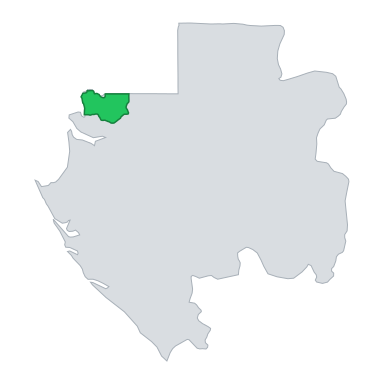 Noya, Estuaire, Gabon shown in context
{"feature_id": "22940354B97736756734811", "entity_name": "Noya", "entity_type": "district", "adm_level": 2, "iso_a3": "GAB", "parent_name": "Gabon", "parent_adm1": "Estuaire", "projection": "mercator", "projection_center": [9.982, 0.76], "detail": "fine", "context": "in_parent", "style": "filled", "palette": "green", "viewbox_px": 384, "rotation_deg": 0, "n_neighbors": 0, "source": "geoboundaries", "source_scale": "gbopen_adm2", "svg_char_len": 4866}
<svg xmlns="http://www.w3.org/2000/svg" viewBox="0 0 384 384"><path d="M284.4,30.7L284.2,34.5L279.9,43.8L277.8,51.0L277.3,58.6L278.5,64.7L280.6,69.1L281.9,73.9L280.9,77.2L278.8,78.6L280.2,80.3L283.4,80.7L288.7,79.2L296.9,76.7L307.6,73.0L314.7,71.0L326.4,72.3L332.6,73.7L335.8,76.3L339.2,87.2L340.9,88.9L343.8,93.6L346.1,99.1L346.6,102.0L346.4,104.0L344.0,107.1L341.3,111.5L340.4,114.2L338.2,116.2L335.3,118.2L327.5,119.0L326.3,120.1L324.2,124.9L320.0,128.9L318.2,132.7L316.5,137.7L316.8,144.0L316.0,153.0L315.2,159.1L317.2,161.3L326.6,162.8L328.4,164.0L330.8,167.8L334.0,171.3L342.5,173.6L345.8,176.3L348.5,179.2L348.9,181.7L346.9,191.5L345.1,200.9L345.8,208.1L346.5,214.9L347.5,224.9L347.1,230.9L344.7,234.6L344.7,237.6L345.8,241.1L343.6,250.8L342.3,252.4L338.4,254.2L336.4,256.8L335.8,260.9L333.7,266.5L331.6,268.6L331.6,271.2L333.7,273.1L333.6,276.0L329.8,279.5L327.5,282.1L322.5,283.4L316.6,282.0L315.3,280.1L316.7,277.1L316.2,274.7L314.2,272.2L311.1,265.6L308.3,264.3L306.8,266.9L302.1,271.9L293.7,278.2L287.9,278.7L277.1,276.8L268.0,273.8L263.8,266.3L261.1,260.2L257.3,253.0L252.9,249.6L248.3,247.5L246.2,247.3L239.6,251.3L237.6,252.9L237.7,256.2L238.3,259.3L239.3,260.8L240.2,262.8L240.0,265.9L238.8,270.1L238.4,274.7L217.7,279.2L214.1,277.5L211.5,275.5L208.3,275.8L199.3,278.2L196.0,276.6L192.7,275.4L191.2,276.4L191.1,278.3L192.6,289.1L192.1,293.2L190.1,298.6L189.1,302.2L194.6,303.2L196.6,304.9L198.5,307.7L201.1,310.2L201.3,311.7L198.3,314.5L197.3,318.0L198.7,320.7L202.5,323.6L207.9,326.5L210.6,328.4L210.3,330.2L207.8,334.0L206.8,337.1L205.1,340.0L205.4,342.7L207.9,345.1L207.6,347.3L206.0,349.0L202.6,348.7L199.7,348.9L197.1,348.2L189.0,339.7L187.2,339.4L175.5,346.0L172.6,348.7L170.2,352.6L166.9,361.0L161.6,356.1L157.0,347.1L151.6,341.6L140.3,332.8L137.3,326.2L124.4,311.8L105.9,297.4L92.5,284.9L90.5,282.2L92.7,282.5L105.7,288.7L107.4,288.0L108.9,286.6L103.3,283.4L98.0,280.8L93.0,279.2L88.0,279.3L85.2,276.7L83.3,272.7L82.4,269.2L80.2,265.6L73.1,258.2L71.4,255.4L67.5,251.5L69.8,251.0L77.5,254.7L78.1,253.2L77.5,251.0L69.8,247.5L65.7,247.2L64.7,244.8L65.3,241.9L59.8,231.1L54.1,223.0L53.2,219.2L68.6,236.7L70.6,237.1L73.3,236.9L79.7,234.9L78.5,232.6L75.6,230.1L72.8,231.2L69.2,231.5L67.3,230.4L66.5,228.6L70.1,220.1L68.5,220.5L67.4,222.0L65.4,222.7L62.3,223.2L54.8,218.6L48.1,206.3L46.3,203.8L44.5,199.5L42.8,197.7L35.1,180.2L38.1,181.5L41.5,186.6L48.3,185.5L51.0,182.6L53.3,182.7L55.7,182.0L58.7,179.2L67.4,167.2L69.7,151.3L68.9,141.8L67.6,132.4L70.5,129.4L71.6,131.4L72.2,134.7L73.6,137.2L76.7,139.4L82.4,140.0L91.3,143.5L94.5,145.7L95.4,141.3L105.6,137.5L102.5,136.2L93.4,137.7L80.9,132.0L76.8,128.4L72.9,121.7L68.9,118.1L69.2,114.9L78.1,112.0L80.5,112.3L81.5,115.8L83.9,117.3L84.8,116.8L85.2,113.8L85.2,105.8L82.5,94.3L83.3,92.1L85.8,91.3L88.0,89.7L89.5,89.4L92.5,89.7L94.1,92.4L94.9,93.9L98.0,94.5L100.5,96.0L102.7,95.6L104.5,93.9L107.1,93.6L115.3,93.6L122.7,93.6L137.4,93.7L152.2,93.7L167.0,93.8L178.1,93.8L178.0,87.2L178.0,77.1L177.9,65.1L177.8,53.6L177.8,42.9L177.7,30.4L178.3,26.8L179.0,25.3L178.8,23.2L190.2,23.0L210.9,24.0L219.9,23.8L222.5,24.0L233.8,23.4L242.9,24.2L246.8,25.1L250.3,25.5L261.3,26.1L275.6,25.4L280.4,25.5L283.1,27.3L284.4,30.7Z" fill="#d9dde1" stroke="#a8b0b8" stroke-width="1"/><path d="M128.9,93.9L122.8,93.9L113.6,93.9L105.5,93.9L105.2,94.1L105.1,94.9L105.2,95.4L105.2,96.5L104.8,97.0L104.5,97.5L103.7,97.8L103.2,97.7L102.2,97.5L101.5,97.2L101.0,96.9L100.5,96.5L100.0,95.9L99.6,95.5L99.4,95.1L99.1,94.5L98.7,94.3L98.2,94.1L97.6,93.8L97.0,93.5L96.6,93.5L96.0,93.5L95.4,93.6L95.1,93.8L94.7,93.8L94.4,93.7L94.2,93.1L94.0,92.5L93.7,91.3L93.3,91.0L92.5,90.6L91.1,90.6L90.3,90.6L89.3,90.7L88.2,90.9L87.5,90.5L87.2,90.8L87.0,91.6L86.7,92.4L86.1,92.8L84.8,93.1L83.8,93.2L83.0,93.3L82.6,93.8L82.3,94.5L82.0,95.2L81.5,96.0L81.1,96.8L81.5,97.7L81.9,98.1L82.1,98.7L82.2,99.8L82.5,101.4L82.8,103.0L83.5,103.6L84.4,106.9L84.7,108.5L84.5,110.2L84.4,112.4L84.3,114.7L87.2,114.7L88.5,114.7L89.3,115.0L90.5,115.1L91.4,114.8L92.1,114.5L92.9,114.4L93.7,114.5L94.8,114.3L95.6,114.0L97.3,114.1L98.1,114.6L98.5,115.5L99.0,116.6L99.7,117.3L100.2,118.3L100.5,119.0L100.8,119.7L101.2,120.1L101.9,120.3L103.2,120.4L103.3,120.4L103.7,120.2L104.5,120.2L105.2,120.3L106.3,120.8L107.0,121.0L107.7,121.4L108.4,121.6L108.9,121.7L109.8,122.1L110.4,122.6L111.0,123.0L111.8,123.1L113.2,123.1L114.0,123.0L114.6,122.6L116.9,120.9L117.8,120.0L118.3,119.8L118.8,119.5L119.3,118.9L119.7,118.7L120.2,118.4L120.5,118.1L120.7,117.6L120.8,117.2L121.3,116.6L121.8,116.2L122.7,115.4L123.3,114.9L123.9,114.4L124.8,114.2L127.0,114.2L127.7,114.0L128.3,113.8L128.5,112.7L128.3,112.3L127.9,111.3L127.6,110.4L127.4,109.8L126.8,109.0L126.4,108.3L126.1,107.8L126.1,107.0L126.2,106.3L126.5,105.5L126.8,104.6L127.1,103.9L127.4,103.5L127.8,103.1L128.5,102.3L128.8,101.9L128.9,101.2L128.9,99.5L128.8,96.0L128.9,93.9Z" fill="#22c55e" stroke="#15803d" stroke-width="1.5"/></svg>